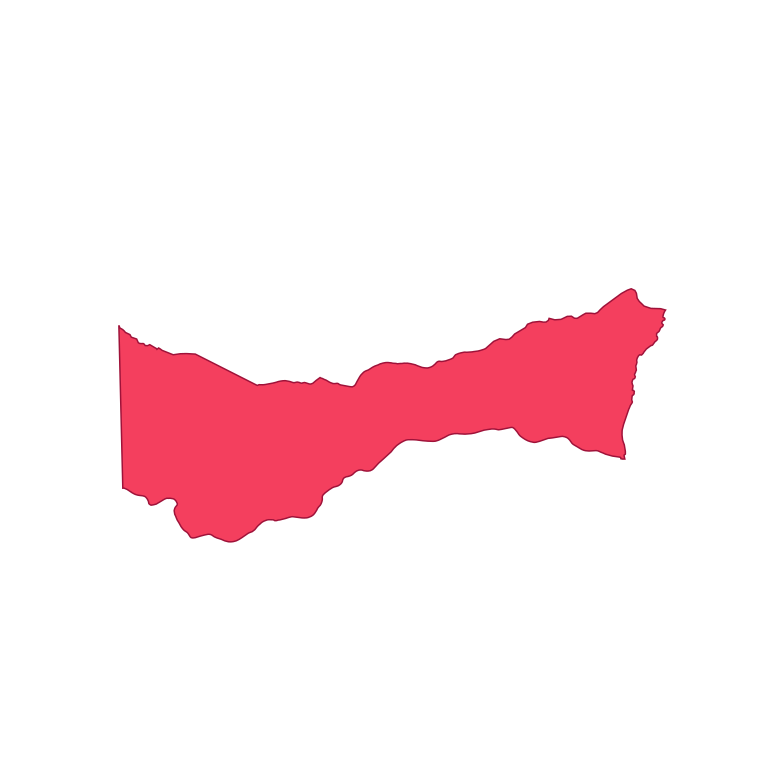 the district of Morne Sion, Choiseul, Saint Lucia, rotated 236°
{"feature_id": "8701671B5294461890646", "entity_name": "Morne Sion", "entity_type": "district", "adm_level": 2, "iso_a3": "LCA", "parent_name": "Saint Lucia", "parent_adm1": "Choiseul", "projection": "robinson", "projection_center": [-61.055, 13.791], "detail": "fine", "context": "isolated", "style": "filled", "palette": "rose", "viewbox_px": 768, "rotation_deg": 236, "n_neighbors": 0, "source": "geoboundaries", "source_scale": "gbopen_adm2", "svg_char_len": 6171}
<svg xmlns="http://www.w3.org/2000/svg" viewBox="0 0 768 768"><g transform="rotate(236 384 384)"><path d="M443.7,109.2L443.3,109.9L442.7,110.5L440.2,112.1L434.8,114.3L432.3,115.6L431.0,116.5L429.7,117.6L428.8,118.5L426.3,121.4L425.0,122.5L424.3,122.9L423.6,123.2L422.1,123.4L420.6,123.4L418.6,123.1L416.6,122.3L416.3,122.2L415.6,122.3L414.1,122.9L413.6,123.5L412.7,125.5L411.8,128.1L411.7,130.2L411.6,131.4L411.3,137.5L410.9,139.6L410.5,140.4L409.6,141.6L409.0,142.7L406.7,145.1L406.1,145.5L404.5,146.0L403.7,146.1L402.5,146.1L400.2,145.7L399.3,144.7L398.6,142.3L398.0,141.1L396.9,139.8L396.3,139.2L393.1,137.7L390.6,137.3L389.4,137.0L386.8,136.5L383.6,136.4L379.2,136.0L376.8,136.1L375.3,136.3L374.3,136.5L373.5,136.8L371.6,137.6L370.5,137.9L369.3,138.0L365.7,137.9L364.5,138.2L363.6,139.0L362.9,140.1L362.1,141.7L360.6,146.7L359.2,150.7L357.9,153.9L357.5,154.6L356.7,155.6L355.5,156.6L352.2,157.9L351.4,158.4L349.7,159.5L346.3,162.2L343.0,164.3L340.3,166.7L339.3,168.0L338.4,169.4L337.6,171.0L336.9,173.0L336.6,173.9L336.5,174.7L336.2,176.9L336.1,180.3L336.2,188.0L336.0,189.3L335.3,192.2L335.5,195.5L336.6,198.9L337.0,200.6L337.6,205.2L337.6,206.4L337.4,208.0L336.7,211.0L336.0,212.5L333.5,216.0L333.1,216.4L331.7,217.1L330.8,218.6L330.3,220.3L329.6,221.6L327.6,227.1L326.6,230.6L325.6,233.2L325.2,233.9L324.8,234.4L318.8,241.2L317.5,243.0L316.2,245.2L315.7,246.5L315.1,249.3L315.0,250.2L315.0,251.5L315.1,252.6L315.7,254.6L317.1,257.8L317.9,259.1L318.3,260.0L318.8,261.7L319.1,263.2L319.7,264.5L320.1,265.2L321.1,266.6L322.1,267.7L323.0,268.5L324.7,269.5L325.6,270.4L326.2,271.7L326.7,274.6L327.0,279.5L326.9,283.3L326.6,284.9L325.6,287.7L325.2,289.4L325.2,291.2L325.4,292.7L325.9,294.1L326.5,295.0L327.6,296.2L328.0,296.9L328.4,297.8L328.5,298.5L328.4,299.8L328.1,301.1L327.5,302.3L326.9,304.3L326.6,306.0L326.6,307.5L327.1,310.2L327.2,312.5L326.7,314.9L325.9,316.4L325.0,317.6L323.4,318.8L321.7,320.7L320.8,322.0L319.8,324.1L319.5,326.3L319.6,327.7L321.4,335.3L322.2,341.3L323.8,352.0L325.1,356.0L325.9,360.2L326.0,362.6L326.0,365.3L325.7,368.4L325.2,370.9L324.4,372.7L321.8,376.6L319.7,379.4L315.4,384.3L312.5,387.9L309.1,392.5L308.0,394.4L307.6,395.4L307.0,397.4L306.7,398.9L305.9,404.7L305.5,408.8L305.3,409.8L304.6,412.0L303.4,414.7L302.5,416.1L301.8,417.2L300.7,418.4L297.1,423.2L294.1,428.5L292.6,431.9L289.8,441.1L288.3,444.4L286.5,448.1L284.9,450.4L284.0,451.4L282.5,452.8L281.9,453.5L280.7,456.0L277.2,464.5L276.7,465.5L276.2,466.1L275.4,466.7L273.7,467.2L270.0,467.6L266.6,467.6L264.6,467.9L261.8,468.9L259.0,470.1L256.5,471.5L254.4,473.1L251.8,475.6L251.2,476.5L250.7,477.5L249.5,480.9L247.2,489.6L245.3,493.2L241.6,501.2L240.8,502.7L239.1,504.4L237.4,505.6L235.9,506.2L233.7,506.6L229.8,506.7L228.1,507.1L219.2,511.3L217.2,512.7L216.0,513.8L213.8,516.5L210.2,522.6L209.1,523.8L208.5,524.3L206.3,525.6L204.0,527.2L202.0,528.4L196.6,533.0L191.5,538.6L190.8,539.0L190.0,538.9L189.6,538.6L188.6,539.5L187.1,541.7L190.2,542.9L190.9,543.5L190.8,544.5L191.0,545.0L193.3,546.5L199.2,549.2L201.7,549.8L204.2,550.5L208.6,552.8L212.0,555.2L213.0,556.1L216.5,560.0L226.3,572.9L226.8,573.8L228.5,576.3L229.7,579.2L230.3,579.9L232.3,580.5L234.6,582.4L235.5,583.3L235.6,583.6L235.5,584.7L236.0,585.9L236.7,586.3L237.9,587.4L239.1,587.3L239.5,586.7L240.1,586.5L243.2,589.4L245.1,589.8L246.9,590.6L248.3,592.4L248.5,592.8L248.7,593.5L248.4,594.7L248.6,595.2L249.5,596.4L251.0,596.7L252.0,597.2L252.9,598.9L253.6,599.7L254.4,601.0L258.3,602.9L259.0,604.1L260.5,605.8L262.5,606.8L263.9,608.5L265.0,610.6L265.3,612.2L265.0,612.7L264.3,613.2L264.0,613.8L264.5,616.1L265.1,617.3L266.3,621.1L266.4,622.7L266.6,626.9L266.3,627.3L266.1,628.4L267.5,632.3L267.6,633.9L268.0,635.5L269.2,636.6L270.3,637.0L270.9,636.6L273.3,638.1L273.5,638.5L273.8,641.3L274.2,642.2L275.6,644.3L275.9,645.4L275.9,647.0L276.3,647.8L276.9,648.6L277.9,648.4L278.5,648.3L279.3,648.4L279.7,648.8L280.2,649.7L280.5,650.8L280.6,651.2L280.2,652.1L280.3,652.8L281.1,653.4L281.9,653.4L282.9,652.7L283.3,652.6L284.1,653.1L285.4,654.5L286.6,656.1L287.5,657.8L287.9,658.8L291.8,655.4L297.4,647.6L303.1,643.2L309.7,641.8L313.4,641.8L318.1,644.0L321.3,644.3L324.7,642.2L325.7,638.2L326.3,631.4L325.4,609.2L324.7,604.9L323.8,601.0L324.4,598.1L326.9,595.2L329.8,590.9L330.1,588.0L330.4,580.9L332.0,578.7L335.4,577.3L337.6,573.7L338.6,566.9L341.7,561.5L346.1,557.6L344.8,555.8L344.8,552.9L346.1,550.8L348.9,547.9L352.1,541.8L353.3,536.4L351.7,532.8L352.4,520.3L351.4,516.4L351.1,512.8L352.7,509.9L356.8,505.2L358.0,498.8L356.6,488.2L356.8,486.6L357.9,482.8L358.7,480.5L360.8,476.3L361.3,475.1L364.0,470.4L365.3,468.7L365.7,467.9L366.9,465.0L367.6,462.8L368.0,460.9L368.2,459.8L368.1,459.0L367.0,455.8L367.1,454.5L367.4,452.8L368.7,448.0L369.1,447.2L369.5,446.2L370.4,444.4L372.1,442.4L372.5,441.1L372.5,439.7L372.1,438.2L371.9,437.1L371.6,434.2L371.9,432.2L372.1,431.4L372.8,429.3L373.6,428.1L374.8,426.6L376.5,424.8L380.6,421.8L382.4,420.7L386.0,417.4L388.4,414.8L388.8,414.0L389.8,412.7L390.4,411.6L390.9,410.5L392.3,408.3L393.2,406.5L394.4,405.4L396.3,402.9L397.2,402.1L399.6,399.3L400.7,397.6L401.6,395.6L402.2,394.1L402.4,393.2L402.8,392.3L403.1,390.0L404.0,386.4L404.3,383.9L404.4,379.0L405.1,375.8L405.2,374.1L404.9,372.3L404.3,369.6L403.3,367.3L401.1,362.9L399.5,360.0L399.1,358.3L399.3,356.3L400.0,355.3L401.2,353.9L407.6,347.4L408.7,346.7L409.9,346.3L410.7,345.6L411.0,345.1L411.8,343.5L413.1,341.7L413.8,341.4L414.6,340.7L416.1,339.8L419.5,338.2L421.4,336.9L422.9,336.1L424.4,334.9L425.1,334.6L424.9,329.7L424.7,328.1L424.4,325.4L424.8,323.7L425.1,323.0L425.7,322.2L429.0,319.6L429.5,319.1L429.8,318.8L430.5,316.9L430.5,316.4L431.6,315.3L432.7,314.6L434.0,313.3L434.4,312.6L435.2,310.5L435.9,309.5L439.0,307.1L441.9,304.1L443.1,302.2L444.2,300.0L445.1,297.8L445.7,295.7L446.8,292.6L450.0,285.2L451.0,283.3L453.3,280.0L453.7,278.1L514.3,244.3L519.7,237.2L523.0,232.0L526.1,225.6L535.9,218.9L538.4,218.0L539.9,217.3L539.7,215.1L540.7,215.1L547.6,211.8L548.0,209.4L549.4,207.5L551.1,207.5L552.2,207.0L553.2,205.4L554.3,204.1L555.6,203.4L559.6,204.1L564.1,200.7L567.0,201.0L571.3,198.5L573.2,198.3L575.3,197.8L578.1,196.4L580.9,197.0L443.7,109.2Z" fill="#f43f5e" stroke="#9f1239" stroke-width="1.5"/></g></svg>